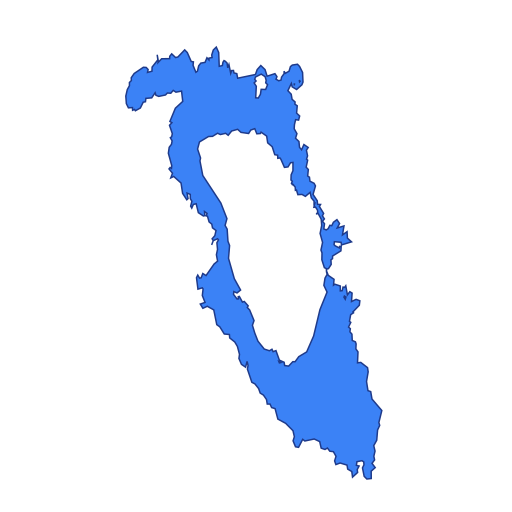 outline of Danau Toba, Sumatera Utara, Indonesia, rotated 192°
{"feature_id": "22746128B58041142516585", "entity_name": "Danau Toba", "entity_type": "district", "adm_level": 2, "iso_a3": "IDN", "parent_name": "Indonesia", "parent_adm1": "Sumatera Utara", "projection": "equal_earth", "projection_center": [98.807, 2.61], "detail": "fine", "context": "isolated", "style": "filled", "palette": "blue", "viewbox_px": 512, "rotation_deg": 192, "n_neighbors": 0, "source": "geoboundaries", "source_scale": "gbopen_adm2", "svg_char_len": 6102}
<svg xmlns="http://www.w3.org/2000/svg" viewBox="0 0 512 512"><g transform="rotate(192 256 256)"><path d="M123.7,170.0L131.4,173.7L134.5,172.6L136.3,183.4L139.0,185.9L139.8,190.8L140.9,192.7L144.3,193.4L145.9,199.5L148.4,201.4L148.6,204.5L150.7,205.7L149.5,210.8L151.0,211.5L151.2,218.3L148.8,220.7L149.6,221.4L144.7,229.3L145.1,233.8L149.1,234.4L153.1,231.3L154.3,239.7L156.8,240.6L158.5,237.0L162.0,245.5L162.8,243.7L164.4,243.7L164.5,240.0L166.3,239.4L167.3,244.2L173.0,244.8L174.1,243.6L174.8,249.4L181.3,252.1L183.9,256.0L184.2,258.0L182.5,258.7L180.7,263.4L181.9,267.8L180.6,269.3L181.1,271.9L174.0,278.7L174.7,283.2L176.2,282.8L176.2,281.2L180.6,282.4L182.0,283.3L182.3,286.3L175.6,287.1L174.7,284.6L165.5,289.7L170.3,292.5L172.0,298.7L175.8,294.6L176.2,303.7L182.4,300.3L181.0,305.1L184.4,308.4L187.3,305.1L188.2,301.4L190.1,301.4L191.1,297.7L192.7,296.1L195.3,296.6L195.7,301.8L198.2,303.8L196.8,306.5L199.4,309.1L198.7,311.7L204.3,317.6L203.6,319.8L206.5,319.3L207.6,322.8L213.0,328.1L212.4,336.9L214.3,339.2L218.8,340.4L220.1,344.2L222.1,345.0L222.8,351.5L225.4,353.3L225.4,360.5L226.7,361.2L226.4,364.7L228.7,370.0L227.5,373.0L232.3,375.0L233.5,369.4L236.0,371.3L237.8,376.9L241.8,379.4L241.4,384.2L245.1,388.4L245.7,392.5L245.6,397.6L242.6,397.8L242.4,402.0L246.0,404.2L246.9,411.5L249.5,412.6L249.8,414.8L253.3,416.8L255.2,421.6L259.2,424.3L257.3,432.1L255.8,429.0L250.9,427.3L246.7,433.0L246.2,435.9L248.6,445.2L252.8,450.5L255.3,452.2L260.2,450.3L261.7,448.4L262.1,443.6L265.3,440.8L267.0,442.6L266.4,440.3L268.2,436.2L268.1,433.3L270.2,432.1L273.2,433.1L272.8,435.8L275.4,438.3L282.5,434.2L285.9,440.2L290.9,443.3L293.6,438.6L294.3,433.4L310.9,426.1L312.7,430.4L315.6,430.5L316.6,432.8L318.4,432.3L318.7,429.4L322.3,437.7L322.8,434.2L324.4,438.7L326.5,440.1L327.9,440.5L328.6,438.7L328.5,435.3L331.4,433.9L334.8,447.3L338.3,452.1L340.6,448.6L341.1,443.4L340.2,441.0L343.1,439.8L342.8,438.0L345.2,439.7L346.1,434.8L350.1,433.2L351.6,430.1L351.7,424.6L353.0,423.2L357.2,429.4L357.6,432.9L359.8,432.8L365.5,440.7L368.6,442.8L373.8,434.4L375.9,433.4L380.5,436.2L381.9,433.4L381.5,431.1L389.3,429.3L392.0,424.9L392.1,426.4L394.5,432.3L392.8,427.5L396.9,419.2L396.2,415.1L400.3,413.0L400.3,416.0L402.6,417.6L405.4,417.2L413.1,409.2L415.1,404.4L414.4,401.7L415.9,399.4L415.2,396.3L416.5,392.0L416.6,385.4L414.5,378.1L411.6,374.4L407.7,375.5L407.0,372.9L405.3,374.1L404.2,373.0L399.9,376.7L398.3,383.0L396.2,383.9L396.5,387.3L390.9,389.0L388.6,394.7L387.3,392.4L384.3,391.9L378.0,394.7L376.6,397.0L373.2,397.5L371.4,400.8L368.4,399.6L363.1,401.8L359.8,392.0L365.6,383.8L368.2,369.7L366.0,368.9L367.8,365.9L363.3,358.3L363.3,355.1L364.4,353.9L362.0,351.2L361.9,347.7L363.5,344.3L363.1,338.3L357.2,326.9L356.9,324.1L358.4,324.7L359.2,323.1L354.9,319.6L355.6,314.7L353.0,316.7L344.5,311.8L340.8,302.0L335.4,296.6L334.4,298.0L336.5,303.2L333.1,302.6L332.2,298.5L330.1,296.2L330.3,291.2L328.8,289.5L328.0,293.4L325.4,294.7L321.4,286.4L315.8,284.2L314.5,284.8L315.6,288.8L312.7,287.5L313.1,284.9L311.7,284.8L309.0,279.6L305.9,278.0L304.4,274.5L300.4,272.6L300.5,267.3L302.5,263.7L301.0,262.1L301.7,257.6L301.0,262.1L297.2,264.9L296.1,264.0L297.0,260.8L295.0,254.4L295.0,249.0L292.5,243.0L295.3,239.5L300.8,226.5L304.4,227.8L305.1,223.3L306.6,222.6L309.0,225.2L309.7,222.4L305.9,211.5L301.9,213.7L300.9,212.7L300.3,206.2L296.2,200.0L300.5,197.4L297.1,193.8L293.2,196.7L286.1,194.5L280.1,180.7L276.7,179.2L270.8,173.1L265.7,173.7L264.7,170.4L258.9,167.5L255.4,163.7L251.7,156.4L251.4,152.2L247.7,147.0L243.1,145.1L242.8,151.1L241.0,147.2L240.9,143.6L233.8,131.6L230.5,130.7L225.9,126.9L223.4,122.8L219.8,121.5L215.9,117.8L214.2,113.5L211.5,114.1L209.2,111.0L205.6,110.7L200.7,101.0L192.2,98.5L183.5,92.8L180.9,87.2L181.3,82.9L177.7,77.6L174.6,77.7L172.2,86.4L169.8,85.2L161.0,89.1L155.1,87.7L152.3,81.6L148.3,81.1L146.2,83.0L143.2,80.4L139.6,80.7L136.1,76.7L136.5,71.9L134.5,68.6L130.7,71.0L123.5,70.4L122.0,66.6L117.5,65.1L115.6,59.8L111.6,65.4L112.6,68.1L111.5,72.0L114.3,72.1L114.5,75.8L109.8,77.8L107.8,77.0L107.0,74.2L107.8,70.9L104.4,63.0L101.2,60.9L97.0,62.3L98.6,69.5L95.4,73.8L99.4,77.3L97.6,81.2L99.1,84.6L99.0,89.9L101.4,95.0L99.6,100.9L100.9,111.1L99.8,116.1L101.2,118.6L100.8,131.0L112.8,140.2L115.6,147.2L118.5,147.6L121.8,156.2L122.2,166.0L123.7,170.0ZM179.0,235.5L182.3,216.8L183.0,189.7L186.5,172.7L193.2,166.5L195.8,160.7L198.0,160.3L201.2,155.1L205.2,154.8L206.4,157.9L211.5,159.0L216.8,167.6L219.4,166.0L221.0,168.1L223.2,166.1L228.6,166.7L236.4,173.1L241.2,180.4L245.1,187.5L244.5,192.4L251.0,201.9L253.8,203.8L253.3,205.6L258.0,209.1L259.7,208.1L263.9,213.0L264.9,212.5L264.3,210.4L265.6,210.0L270.0,213.8L270.3,216.6L266.9,215.9L264.0,219.5L272.5,229.3L282.4,248.0L284.0,260.7L286.5,264.6L289.8,276.3L292.6,279.5L292.2,286.5L301.4,300.5L324.8,323.7L330.6,337.4L330.6,340.3L335.4,348.5L335.0,355.8L327.3,363.0L323.4,364.0L319.1,368.1L316.1,367.4L311.2,369.7L308.3,368.3L305.8,373.2L300.3,376.1L296.4,373.8L288.7,374.3L287.3,378.1L283.7,380.3L280.6,375.7L277.2,376.7L276.8,378.2L270.5,375.5L268.1,369.1L262.9,366.3L258.7,359.0L255.8,359.1L255.0,356.1L253.0,356.9L251.7,355.7L246.6,348.6L243.2,349.8L241.6,354.4L239.3,355.2L237.6,347.1L238.5,342.7L237.6,337.6L236.0,336.6L236.4,334.4L234.9,333.8L235.4,333.4L235.7,332.8L234.9,333.8L232.0,331.6L231.1,328.4L230.1,328.9L227.8,324.7L223.8,325.8L220.1,324.6L216.3,329.5L214.0,324.4L210.6,321.7L210.0,318.8L209.4,319.5L209.5,315.7L208.0,316.2L205.5,313.8L204.5,311.0L205.4,310.4L205.6,309.3L204.5,311.0L199.9,305.6L198.1,299.5L198.0,291.4L193.7,283.1L193.7,275.3L192.1,272.8L190.8,266.0L186.7,258.8L184.6,258.3L183.7,255.0L182.6,252.9L183.9,248.7L183.5,241.4L179.0,235.5ZM285.3,415.1L286.6,411.0L289.2,410.7L291.0,422.1L293.8,424.9L292.3,427.2L294.0,428.6L293.7,431.0L288.7,435.0L284.4,433.3L282.6,430.0L282.5,427.4L280.3,426.0L281.2,420.9L285.6,420.1L285.3,415.1ZM159.7,232.2L161.4,234.0L161.2,235.2L159.5,234.6L159.7,232.2ZM250.3,437.0L249.2,436.1L249.6,435.4L250.3,437.0ZM209.6,156.9L210.9,156.3L211.7,157.5L209.6,156.9ZM254.1,430.8L254.3,432.2L254.1,432.2L254.1,430.8Z" fill="#3b82f6" stroke="#1e3a8a" stroke-width="1.5"/></g></svg>